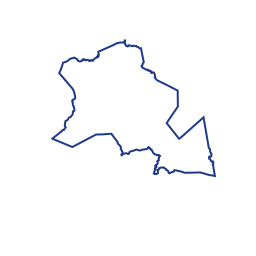 La Iguala, Lempira, Honduras (Albers equal-area conic projection), rotated 142°
{"feature_id": "27666195B64546459971627", "entity_name": "La Iguala", "entity_type": "district", "adm_level": 2, "iso_a3": "HND", "parent_name": "Honduras", "parent_adm1": "Lempira", "projection": "albers", "projection_center": [-88.46, 14.683], "detail": "fine", "context": "isolated", "style": "outline", "palette": "blue", "viewbox_px": 256, "rotation_deg": 142, "n_neighbors": 0, "source": "geoboundaries", "source_scale": "gbopen_adm2", "svg_char_len": 5670}
<svg xmlns="http://www.w3.org/2000/svg" viewBox="0 0 256 256"><g transform="rotate(142 128 128)"><path d="M183.6,147.3L157.1,142.5L152.1,138.7L144.7,133.8L144.8,123.4L145.4,122.7L145.6,122.1L145.2,118.6L145.3,117.4L145.4,117.1L145.8,116.9L146.5,116.2L146.6,115.8L146.6,114.8L147.1,113.7L147.1,112.5L147.5,111.8L147.7,111.6L147.9,111.4L149.3,111.3L149.6,111.2L149.8,110.9L149.9,110.6L149.9,110.4L149.6,110.3L148.9,110.3L148.5,110.4L147.9,110.8L147.6,110.8L145.8,109.6L144.8,109.1L144.6,108.9L144.1,107.7L143.9,107.5L143.7,107.3L143.1,107.2L142.7,107.4L142.0,108.0L141.5,108.1L140.5,107.9L139.3,107.5L137.3,106.6L135.0,106.0L134.3,105.5L133.9,105.0L133.2,103.7L132.8,103.1L132.2,102.8L130.8,102.4L129.5,101.8L127.7,100.7L126.6,100.1L126.2,99.9L125.3,99.7L124.6,99.8L124.3,100.2L123.7,100.3L123.4,100.2L123.5,99.4L123.1,98.5L123.4,97.2L123.4,96.9L123.3,96.7L122.8,96.6L122.8,96.4L122.9,95.4L123.2,94.5L123.3,93.5L123.5,92.7L123.3,92.1L123.1,90.9L123.0,90.6L122.2,89.8L122.1,89.2L121.9,88.8L121.7,88.7L121.1,88.4L120.4,87.8L120.3,87.4L120.4,87.2L120.1,86.6L120.0,86.3L120.0,86.2L121.8,85.9L121.9,85.6L122.0,85.3L122.2,85.2L122.6,85.0L122.9,84.8L123.1,84.5L123.3,83.9L123.7,83.5L123.9,83.5L124.2,83.5L125.0,83.9L125.3,83.9L125.5,83.8L125.6,83.5L126.2,82.1L126.4,81.9L127.0,81.7L127.3,81.4L127.5,81.3L127.8,81.3L128.9,81.7L129.1,81.7L129.4,81.6L129.5,81.3L129.5,80.1L129.6,79.8L129.8,79.7L130.1,79.8L130.5,80.3L130.8,79.6L131.1,79.5L131.6,79.5L131.9,79.4L132.0,79.1L131.8,78.3L132.8,78.1L133.8,77.7L134.1,77.5L134.9,76.8L135.3,75.7L135.5,75.8L135.5,75.7L135.5,75.4L135.2,75.3L134.8,75.1L133.9,74.3L132.6,73.9L132.3,73.9L132.1,74.1L132.0,74.5L131.9,74.8L131.4,75.0L130.9,76.0L130.6,76.3L130.2,76.6L129.5,76.3L129.0,76.7L128.6,76.8L127.8,77.1L126.4,76.5L125.3,75.6L124.5,75.4L124.3,75.0L124.2,74.2L124.1,73.9L123.8,73.7L123.4,72.2L123.4,71.9L123.6,71.8L123.7,71.6L123.7,71.2L123.1,70.6L123.0,69.8L122.8,69.2L123.3,68.4L123.5,67.9L123.5,67.3L123.4,66.9L123.1,66.7L122.8,66.6L121.0,66.4L120.4,66.0L118.8,65.5L118.4,65.6L118.2,65.9L117.8,66.2L117.3,66.2L114.2,62.5L112.7,60.7L111.1,58.0L106.0,54.1L98.3,48.4L92.8,40.7L91.5,39.5L89.1,36.7L83.7,46.6L83.8,46.8L83.8,47.0L83.6,47.1L83.1,47.1L82.7,47.3L82.1,48.1L81.7,48.9L81.6,49.3L81.7,49.5L82.4,49.3L82.6,49.4L82.6,49.5L82.7,50.2L82.9,50.5L82.9,50.8L82.8,51.3L82.6,52.0L82.6,52.6L82.6,52.9L82.7,53.2L83.0,53.6L82.9,53.8L82.1,55.2L81.5,55.4L81.3,55.3L81.3,54.9L81.0,54.4L80.5,54.5L79.8,54.5L79.5,54.6L79.1,55.0L78.9,55.5L78.5,56.2L78.0,56.5L78.1,57.4L77.8,58.7L77.6,59.1L76.4,61.2L76.4,62.0L76.6,62.3L76.6,62.5L61.9,89.9L91.5,88.0L94.4,88.1L94.5,108.0L91.5,109.1L75.5,114.2L65.8,126.9L71.1,138.3L75.6,147.5L75.8,148.7L75.8,150.7L75.9,151.2L75.4,151.8L74.7,152.1L74.5,152.4L74.2,153.7L73.9,154.0L73.7,154.2L73.6,155.4L73.6,155.8L73.8,156.3L74.0,156.6L75.3,156.6L75.5,156.7L75.6,156.9L75.7,157.3L75.3,157.9L75.1,158.4L75.0,158.8L75.0,159.2L75.3,159.4L76.0,159.6L76.0,159.9L76.0,160.6L76.6,160.7L76.8,160.8L76.8,161.1L76.5,161.5L76.5,161.8L76.8,162.1L77.5,162.4L77.8,162.8L78.0,163.4L78.4,164.4L78.5,164.9L79.2,165.7L79.3,166.6L79.5,167.5L79.5,168.1L79.3,168.4L79.2,168.5L78.9,168.6L78.5,168.5L77.9,168.6L77.7,168.7L77.2,169.4L76.8,169.7L76.6,169.8L75.5,169.9L75.0,170.2L68.7,182.9L69.4,183.2L69.7,183.5L69.9,184.1L70.1,185.5L70.8,186.2L70.9,186.5L71.0,186.8L70.9,187.2L71.0,187.5L71.9,188.1L72.2,188.3L72.4,188.7L72.8,189.5L73.1,189.6L74.1,189.8L74.3,189.9L74.8,190.4L75.3,191.5L76.3,192.5L76.6,192.7L76.9,192.8L77.0,192.7L77.4,192.3L77.6,192.3L77.8,192.3L78.1,192.5L78.8,193.6L78.9,194.0L79.0,194.3L78.9,194.6L78.6,195.0L78.4,195.4L78.5,196.5L78.4,196.7L78.0,197.2L76.6,198.3L76.4,198.7L76.5,199.0L76.8,199.0L78.2,198.2L78.6,198.0L78.9,198.0L79.1,198.1L79.5,198.5L80.3,199.3L81.8,200.4L82.5,200.7L83.7,200.9L83.9,201.0L84.2,201.6L87.6,202.2L91.5,203.1L104.5,206.4L105.2,204.9L105.5,204.5L105.7,204.3L106.4,204.1L106.6,203.9L106.5,203.7L106.8,203.7L107.1,203.5L107.0,203.3L106.7,203.0L106.9,202.9L107.3,202.8L107.4,202.5L107.6,202.4L107.8,202.4L108.2,203.0L108.5,203.2L108.7,202.6L108.8,202.5L109.2,202.8L109.5,202.9L110.0,203.0L110.8,203.1L111.5,203.3L112.2,203.0L113.0,203.0L113.3,202.9L113.5,203.0L113.6,203.3L114.0,203.4L114.4,203.4L114.6,203.1L115.2,204.1L115.7,203.8L116.2,204.4L116.7,204.4L117.3,204.6L117.3,204.8L117.2,205.1L117.2,205.5L117.3,205.9L117.5,206.2L118.2,206.7L118.6,207.4L119.4,207.3L119.6,207.7L120.0,208.1L120.3,208.3L120.7,208.5L121.0,208.7L121.0,208.8L120.8,208.9L120.6,209.0L120.4,209.0L120.7,209.8L121.8,209.7L122.3,209.6L122.6,209.6L122.8,209.6L122.9,209.4L123.2,209.3L124.8,209.9L125.2,210.1L125.6,211.0L126.0,211.9L125.9,212.5L125.7,213.3L125.7,213.5L126.0,213.8L126.1,214.5L126.3,215.1L126.6,215.5L127.1,216.6L127.3,216.8L127.6,216.9L128.1,216.9L128.7,217.1L130.6,218.0L130.9,218.2L131.9,218.1L132.4,218.1L133.1,218.0L134.5,218.1L136.9,218.6L137.4,218.9L137.7,219.1L139.1,219.3L144.0,216.0L145.3,215.3L146.4,214.7L148.4,213.6L147.5,193.1L148.0,190.5L149.2,187.5L151.0,184.2L151.4,184.0L152.5,183.6L152.9,183.7L153.4,183.9L154.0,184.3L155.3,183.8L155.5,182.8L155.8,182.7L156.0,182.5L156.0,182.4L155.8,182.2L155.9,181.8L156.9,180.7L157.3,180.0L157.5,179.3L157.6,178.0L157.7,177.6L158.4,176.8L158.5,176.1L159.5,174.8L159.7,174.7L160.1,174.7L161.2,175.0L161.8,174.1L163.5,172.7L165.3,172.4L166.5,172.0L166.9,172.1L167.8,172.5L168.2,172.5L168.8,172.4L169.8,171.8L170.4,171.6L171.6,171.6L172.6,172.0L172.8,172.0L173.2,171.8L173.9,171.1L174.6,170.6L175.0,170.2L175.3,169.6L176.2,169.1L176.5,168.5L176.6,167.2L176.7,166.9L177.0,166.7L178.4,166.6L179.3,166.0L180.1,166.2L180.8,166.6L181.1,166.6L181.6,166.6L181.9,166.3L194.1,166.2L194.0,165.8L183.6,147.3Z" fill="none" stroke="#1e3a8a" stroke-width="2"/></g></svg>